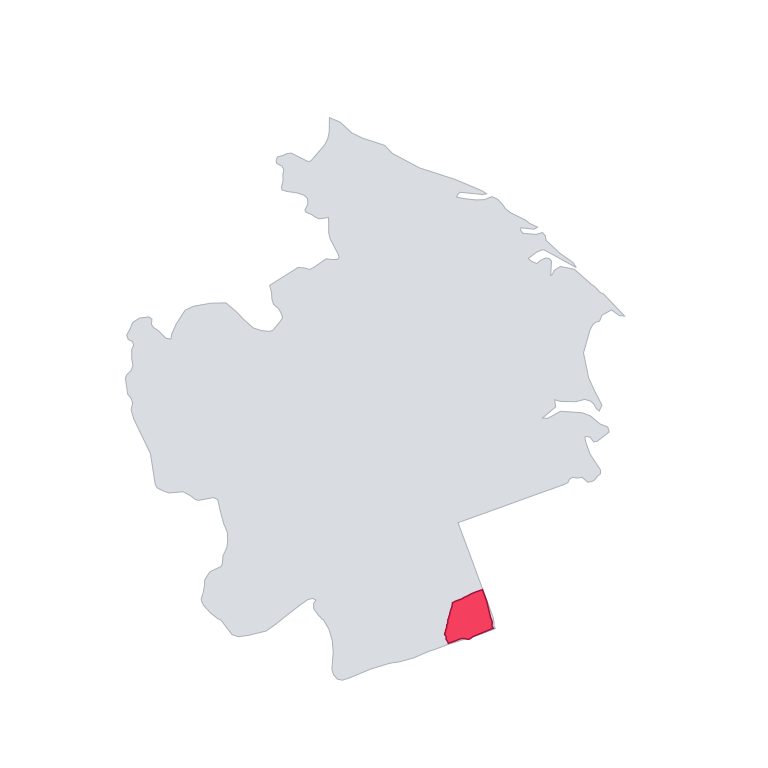 Ntem, Wouleu-Ntem, Gabon (highlighted), rotated 160°
{"feature_id": "22940354B82512793469031", "entity_name": "Ntem", "entity_type": "district", "adm_level": 2, "iso_a3": "GAB", "parent_name": "Gabon", "parent_adm1": "Wouleu-Ntem", "projection": "mercator", "projection_center": [11.684, 2.068], "detail": "fine", "context": "in_parent", "style": "filled", "palette": "rose", "viewbox_px": 768, "rotation_deg": 160, "n_neighbors": 0, "source": "geoboundaries", "source_scale": "gbopen_adm2", "svg_char_len": 4505}
<svg xmlns="http://www.w3.org/2000/svg" viewBox="0 0 768 768"><g transform="rotate(160 384 384)"><path d="M530.9,128.1L530.4,134.1L523.6,148.9L520.4,160.3L519.6,172.4L521.4,182.2L524.7,189.1L526.9,196.7L525.2,202.0L521.9,204.2L524.2,206.9L529.2,207.5L537.7,205.2L550.7,201.2L567.8,195.3L579.0,192.2L597.5,194.2L607.4,196.4L612.5,200.5L618.0,217.9L620.7,220.6L625.2,228.0L628.9,236.8L629.7,241.4L629.3,244.6L625.5,249.4L621.3,256.5L619.8,260.8L616.2,263.9L611.7,267.1L599.4,268.3L597.5,270.2L594.0,277.7L587.5,284.1L584.5,290.1L581.9,298.2L582.4,308.1L581.1,322.5L579.7,332.2L583.0,335.6L597.8,338.0L600.7,339.9L604.6,345.9L609.7,351.5L623.2,355.1L628.5,359.4L632.7,364.1L633.3,368.0L630.2,383.6L627.3,398.5L628.4,409.9L629.5,420.8L631.1,436.6L630.4,446.3L626.6,452.2L626.6,456.8L628.3,462.4L625.0,477.8L622.8,480.4L616.7,483.3L613.5,487.4L612.5,493.9L609.2,502.8L605.9,506.1L605.9,510.2L609.1,513.2L609.1,517.9L603.0,523.4L599.4,527.6L591.3,529.6L582.1,527.5L579.9,524.4L582.1,519.6L581.3,515.8L578.1,511.8L573.2,501.4L568.8,499.2L566.4,503.5L558.9,511.3L545.6,521.4L536.4,522.2L519.2,519.2L504.8,514.3L498.1,502.5L493.8,492.7L487.7,481.4L480.8,476.0L473.5,472.6L470.2,472.3L459.7,478.6L456.5,481.1L456.5,486.4L457.5,491.4L459.1,493.8L460.5,496.9L460.3,501.9L458.4,508.5L457.7,515.8L424.8,522.9L419.1,520.3L414.9,517.1L409.9,517.6L395.6,521.4L390.4,518.8L385.2,516.9L382.8,518.4L382.6,521.6L385.0,538.7L384.2,545.2L381.0,553.7L379.3,559.5L388.1,561.2L391.2,563.9L394.3,568.2L398.5,572.2L398.8,574.6L394.0,579.1L392.4,584.6L394.7,588.9L400.6,593.5L409.3,598.1L413.5,601.2L413.1,604.0L409.1,610.0L407.6,615.0L404.8,619.6L405.4,623.8L409.3,627.7L408.9,631.2L406.2,633.9L400.8,633.3L396.2,633.7L392.1,632.6L379.3,619.0L376.4,618.6L357.8,629.1L353.2,633.4L349.3,639.5L344.2,652.9L335.7,645.1L328.4,630.9L319.9,622.2L301.9,608.1L297.2,597.7L276.6,574.8L247.2,551.9L225.9,532.1L222.6,527.7L226.2,528.2L246.8,538.1L249.6,537.0L252.0,534.8L243.1,529.6L234.6,525.5L226.7,522.9L218.7,523.2L214.2,519.0L211.3,512.6L209.9,507.1L206.3,501.4L195.0,489.7L192.3,485.1L186.1,478.9L189.9,478.1L202.0,484.0L203.1,481.7L202.0,478.2L189.9,472.5L183.3,472.2L181.7,468.2L182.6,463.6L173.9,446.5L164.9,433.7L163.5,427.6L187.8,455.5L191.1,456.0L195.4,455.7L205.5,452.6L203.6,448.9L199.0,444.9L194.6,446.7L188.9,447.1L185.9,445.4L184.5,442.5L190.2,429.0L187.8,429.7L185.9,432.1L182.8,433.2L177.9,434.0L165.9,426.7L155.3,407.1L152.5,403.1L149.7,396.3L146.9,393.5L134.7,365.6L139.4,367.7L144.9,375.8L155.7,374.1L159.9,369.4L163.6,369.6L167.4,368.5L172.1,364.1L185.9,345.0L189.6,319.7L188.4,304.6L186.4,289.7L191.0,285.0L192.8,288.1L193.7,293.4L195.8,297.3L200.7,300.9L209.9,301.8L224.1,307.3L229.1,310.8L230.5,303.8L246.8,297.8L241.8,295.7L227.4,298.0L207.5,289.1L200.9,283.4L194.7,272.6L188.4,267.0L188.8,261.9L203.1,257.3L206.8,257.8L208.4,263.4L212.2,265.7L213.7,264.9L214.3,260.1L214.3,247.4L210.0,229.1L211.3,225.6L215.2,224.3L218.7,221.9L221.1,221.4L226.0,221.9L228.4,226.1L229.7,228.5L234.6,229.5L238.6,231.8L242.0,231.2L244.9,228.5L249.1,228.0L262.1,228.0L273.8,228.1L297.3,228.2L320.7,228.2L344.2,228.3L361.9,228.4L361.8,217.9L361.7,201.8L361.6,182.7L361.5,164.4L361.4,147.6L361.3,127.6L362.3,121.8L363.4,119.4L363.0,116.1L381.2,115.9L414.0,117.4L428.4,117.2L432.5,117.5L450.4,116.5L464.9,117.7L471.1,119.1L476.7,119.8L494.1,120.7L516.8,119.6L524.5,119.9L528.8,122.7L530.9,128.1Z" fill="#d9dde1" stroke="#a8b0b8" stroke-width="1"/><path d="M412.3,118.3L404.9,118.2L401.5,118.4L399.2,118.4L397.8,118.1L396.4,117.7L395.0,117.1L393.7,116.1L392.0,115.2L391.3,115.1L390.0,115.2L388.7,115.6L387.0,116.2L364.8,117.1L365.0,118.1L365.2,119.0L365.3,119.7L365.1,120.4L364.8,120.9L364.2,122.1L363.8,122.8L363.6,125.0L363.6,126.5L363.7,127.6L363.6,128.9L363.2,132.5L362.7,136.5L361.8,144.5L361.8,157.1L364.0,157.1L367.9,157.2L372.1,157.1L373.8,157.0L375.8,156.7L377.3,156.4L379.3,156.2L381.6,156.1L382.7,155.9L383.8,155.5L385.2,155.5L387.5,155.5L389.8,155.5L390.7,155.5L392.1,155.4L392.8,155.2L394.5,155.0L394.9,154.2L395.4,153.1L395.9,152.4L396.5,151.3L398.2,149.3L399.1,148.1L400.2,146.6L400.8,145.6L401.1,144.8L401.8,144.2L402.5,143.4L402.9,142.6L403.2,142.0L403.9,141.4L404.5,140.9L404.8,140.0L405.4,139.0L405.8,137.9L406.4,136.9L407.5,136.1L408.0,134.9L408.5,133.6L409.1,132.9L410.1,131.9L410.6,131.0L411.1,129.9L411.7,129.5L412.2,128.9L412.7,128.1L412.7,127.5L412.3,126.9L412.1,126.1L412.1,124.9L412.3,124.2L412.9,123.5L412.9,122.5L412.6,121.6L412.3,120.4L412.3,118.3Z" fill="#f43f5e" stroke="#9f1239" stroke-width="1.5"/></g></svg>